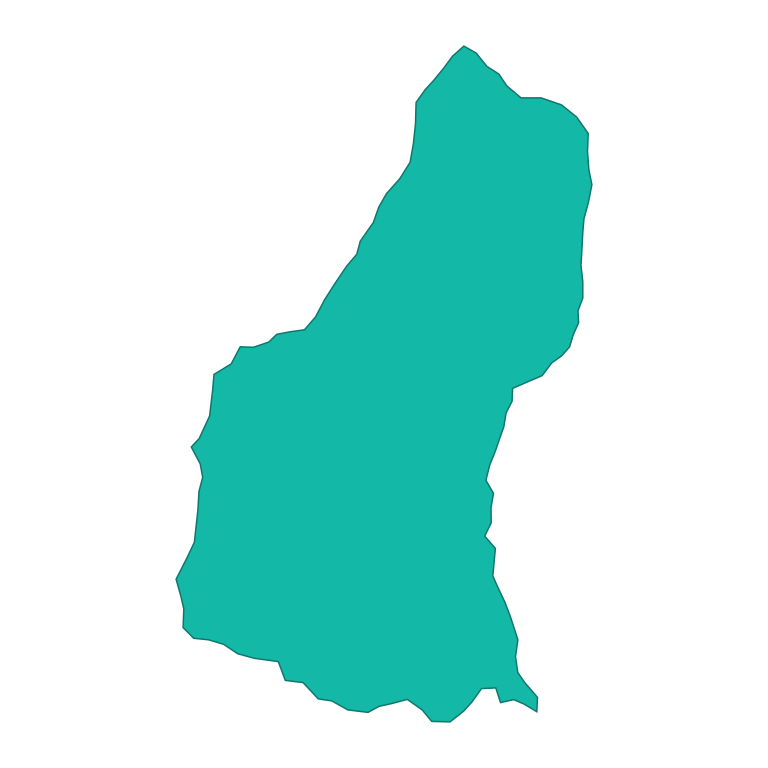 the district of Borá, São Paulo, Brazil
{"feature_id": "56859067B19107270357913", "entity_name": "Borá", "entity_type": "district", "adm_level": 2, "iso_a3": "BRA", "parent_name": "Brazil", "parent_adm1": "São Paulo", "projection": "orthographic", "projection_center": [-50.497, -22.235], "detail": "fine", "context": "isolated", "style": "filled", "palette": "teal", "viewbox_px": 768, "rotation_deg": 0, "n_neighbors": 0, "source": "geoboundaries", "source_scale": "gbopen_adm2", "svg_char_len": 1537}
<svg xmlns="http://www.w3.org/2000/svg" viewBox="0 0 768 768"><path d="M588.2,133.5L576.8,117.2L561.5,104.9L541.1,97.9L521.0,97.9L506.8,85.9L498.9,74.1L486.9,66.4L476.2,53.1L463.9,46.1L452.6,56.1L443.5,68.4L433.5,80.6L425.2,89.6L416.1,102.4L415.5,123.7L413.4,143.7L410.1,162.3L399.7,178.8L386.5,193.6L378.8,207.1L373.3,222.6L360.3,241.1L356.8,254.2L346.6,266.2L334.8,283.7L324.6,299.7L315.5,317.0L304.4,329.8L290.0,331.8L276.8,334.3L268.7,342.1L253.2,347.3L240.2,346.8L231.2,363.9L214.0,374.4L212.6,390.4L209.6,416.0L199.2,438.5L191.3,447.0L200.2,463.8L202.7,477.3L199.0,491.3L197.9,509.9L194.4,542.2L187.2,557.4L176.1,579.2L180.7,595.5L183.8,608.8L183.1,627.6L193.7,638.3L208.6,639.8L223.6,644.3L237.8,653.8L254.4,658.3L278.3,661.6L285.3,680.4L303.1,682.6L318.2,698.9L331.8,700.9L347.8,709.9L368.0,712.4L378.9,706.4L392.3,703.4L407.3,699.4L422.2,709.9L431.7,721.4L450.0,721.9L463.6,711.2L472.0,701.9L481.5,688.6L495.8,687.9L500.5,702.6L513.7,699.6L524.3,704.2L536.8,711.7L537.5,697.4L525.0,682.9L517.8,672.6L515.5,656.6L517.9,639.8L510.2,616.0L504.7,601.7L497.7,587.0L492.8,575.9L494.2,561.2L495.4,548.4L484.7,536.1L491.2,522.9L491.0,507.8L493.5,493.3L485.9,480.3L489.8,464.8L495.2,451.5L499.6,438.7L503.8,426.9L506.1,412.9L512.1,401.2L512.6,388.4L527.4,381.9L542.2,375.6L551.7,362.9L561.9,355.6L569.6,346.8L573.3,334.6L578.6,322.8L578.0,310.8L582.8,298.0L582.8,281.7L581.0,265.7L582.1,245.9L582.8,232.2L584.0,218.6L588.6,201.6L591.9,184.6L588.9,170.1L587.5,151.3L588.2,133.5Z" fill="#14b8a6" stroke="#0f766e" stroke-width="1.5"/></svg>